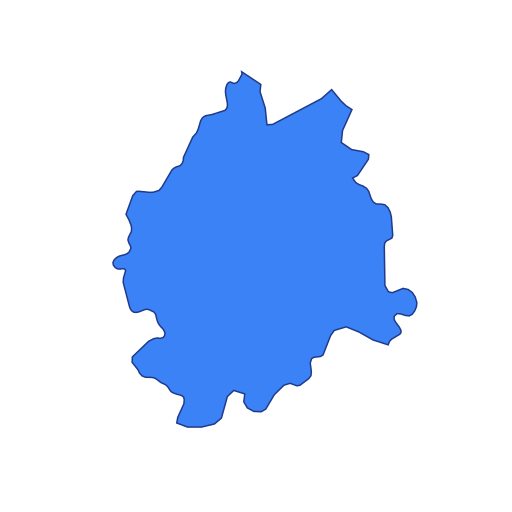 the Metropolitan department of Lot-et-Garonne, rotated 141°
{"feature_id": "FRA-5319", "entity_name": "Lot-et-Garonne", "entity_type": "Metropolitan department", "adm_level": 1, "iso_a3": "FRA", "parent_name": "France", "parent_adm1": "", "projection": "mercator", "projection_center": [0.533, 44.365], "detail": "fine", "context": "isolated", "style": "filled", "palette": "blue", "viewbox_px": 512, "rotation_deg": 141, "n_neighbors": 0, "source": "natural_earth", "source_scale": "10m", "svg_char_len": 2662}
<svg xmlns="http://www.w3.org/2000/svg" viewBox="0 0 512 512"><g transform="rotate(141 256 256)"><path d="M92.5,337.7L92.4,323.1L91.5,316.1L89.3,309.4L109.7,299.1L118.3,290.5L114.7,278.5L107.0,269.5L104.5,263.8L107.7,260.5L126.5,254.7L131.9,255.8L132.2,250.2L130.9,246.5L128.9,243.2L127.5,239.1L127.7,235.3L130.4,228.0L130.9,224.3L129.9,220.9L125.6,217.1L123.7,214.8L123.0,210.4L124.1,205.6L126.2,201.2L136.9,185.8L139.2,184.4L144.9,185.6L147.6,185.2L150.2,182.8L174.4,151.9L175.6,144.9L173.2,141.7L162.1,138.3L158.8,134.2L157.5,129.2L158.1,123.9L160.3,118.6L163.1,115.7L167.1,113.5L171.3,112.4L174.6,113.0L177.4,115.9L179.9,119.8L182.7,122.5L186.4,122.2L188.4,120.1L189.1,117.3L189.4,110.5L190.1,107.1L191.4,105.3L193.4,104.7L202.6,106.0L205.8,105.7L209.2,103.8L217.9,117.1L223.8,132.1L230.5,144.2L242.0,148.9L248.1,147.2L266.2,136.9L269.1,137.3L274.8,140.9L277.4,141.2L281.2,138.7L285.6,131.5L288.6,128.4L292.2,127.5L303.2,127.9L305.9,129.4L309.6,135.6L315.5,138.0L329.0,136.7L344.8,130.9L350.0,131.7L355.5,136.6L358.3,143.4L357.3,150.3L351.5,155.9L357.9,165.5L366.7,164.8L384.9,151.8L393.9,151.6L406.1,157.4L416.9,166.2L422.7,176.1L418.4,179.8L405.1,186.5L402.1,189.6L401.0,192.2L401.6,194.2L402.5,195.8L404.2,198.0L405.7,200.4L406.9,202.6L407.4,204.5L406.9,210.1L407.2,212.5L407.9,214.3L408.9,216.0L409.7,218.1L410.8,222.9L411.8,225.3L413.6,227.4L418.2,231.3L420.0,234.5L420.2,238.3L419.3,241.9L419.2,251.2L419.2,251.3L415.6,255.4L393.2,257.3L387.7,256.2L384.2,254.4L382.5,252.4L379.6,251.1L377.2,251.6L375.3,253.3L374.5,255.6L374.2,258.2L374.5,260.7L374.5,263.2L374.2,265.6L373.4,268.1L370.7,273.9L370.5,276.5L372.5,280.8L373.7,282.7L375.5,284.1L382.5,286.4L384.7,287.6L386.4,289.3L387.1,291.7L386.9,294.2L386.0,296.7L375.8,319.1L372.8,322.3L366.4,326.8L366.3,328.7L367.6,330.0L369.8,331.3L371.7,333.1L372.7,335.6L372.6,338.7L371.3,340.9L369.1,342.1L366.7,342.5L364.3,342.4L361.8,341.8L357.1,339.6L354.6,338.9L352.0,339.0L348.9,340.4L347.7,341.6L347.0,343.8L346.6,346.1L345.4,349.1L343.3,350.8L337.4,353.5L335.4,355.6L333.8,358.3L332.1,363.7L331.6,365.9L330.8,370.2L313.9,380.4L308.2,381.4L306.3,380.0L298.5,372.3L295.5,370.1L290.0,368.0L285.7,368.8L267.1,375.8L264.6,375.9L262.2,375.5L258.3,374.0L255.5,374.3L252.6,375.8L250.3,378.3L230.4,388.2L224.8,389.1L220.9,391.1L213.8,396.0L211.0,397.0L208.4,397.1L206.5,396.5L201.3,393.7L188.5,388.7L185.8,389.2L183.6,390.8L182.1,392.8L178.0,400.4L176.3,403.0L174.1,405.3L170.8,407.5L168.3,408.1L166.4,407.4L164.5,403.8L161.8,402.9L159.6,403.1L152.4,406.1L151.2,408.2L144.3,386.3L149.5,381.1L155.7,365.2L164.9,351.1L160.3,347.8L106.1,337.1L92.5,337.7Z" fill="#3b82f6" stroke="#1e3a8a" stroke-width="1.5"/></g></svg>